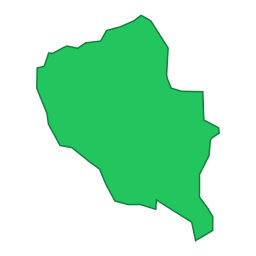 Shada'a, Sa`dah, Yemen
{"feature_id": "15242507B23625419846835", "entity_name": "Shada'a", "entity_type": "district", "adm_level": 2, "iso_a3": "YEM", "parent_name": "Yemen", "parent_adm1": "Sa`dah", "projection": "mercator", "projection_center": [43.194, 16.887], "detail": "fine", "context": "isolated", "style": "filled", "palette": "green", "viewbox_px": 256, "rotation_deg": 0, "n_neighbors": 0, "source": "geoboundaries", "source_scale": "gbopen_adm2", "svg_char_len": 796}
<svg xmlns="http://www.w3.org/2000/svg" viewBox="0 0 256 256"><path d="M141.0,15.4L134.0,20.8L120.1,26.9L119.0,27.2L106.6,30.5L100.6,41.1L85.8,42.8L77.7,48.3L67.0,46.0L63.6,47.5L52.7,53.4L48.7,53.0L44.2,66.3L37.2,68.0L36.8,88.2L47.0,113.6L48.4,124.1L60.1,145.5L71.9,147.6L88.9,161.3L99.6,169.1L105.8,184.0L114.9,201.0L128.4,204.6L140.2,204.5L155.8,209.3L156.4,199.9L170.0,208.5L191.7,222.2L195.6,240.6L199.5,238.3L200.1,238.0L200.7,237.6L212.7,230.4L212.7,228.0L212.8,216.8L208.0,208.6L199.5,197.2L199.5,174.4L209.0,155.6L210.4,140.0L211.7,138.0L219.2,133.1L218.6,127.9L203.8,120.0L202.8,91.7L181.5,91.3L171.3,88.2L167.5,79.2L166.6,74.9L168.1,48.1L151.8,22.4L151.3,21.6L151.1,21.3L150.8,20.9L145.2,17.6L143.9,16.9L143.3,16.5L141.0,15.4Z" fill="#22c55e" stroke="#15803d" stroke-width="1.5"/></svg>